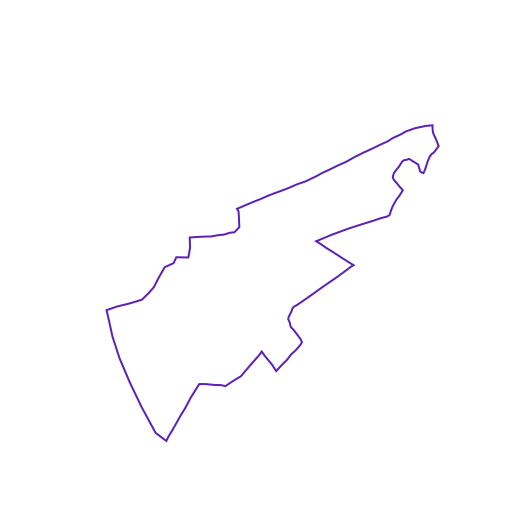 Al-Khidhir, Al-Muthannia, Iraq, rotated 32°
{"feature_id": "34846034B6386295193387", "entity_name": "Al-Khidhir", "entity_type": "district", "adm_level": 2, "iso_a3": "IRQ", "parent_name": "Iraq", "parent_adm1": "Al-Muthannia", "projection": "robinson", "projection_center": [45.705, 31.261], "detail": "fine", "context": "isolated", "style": "outline", "palette": "violet", "viewbox_px": 512, "rotation_deg": 32, "n_neighbors": 0, "source": "geoboundaries", "source_scale": "gbopen_adm2", "svg_char_len": 2074}
<svg xmlns="http://www.w3.org/2000/svg" viewBox="0 0 512 512"><g transform="rotate(32 256 256)"><path d="M323.0,63.5L318.6,69.1L317.2,70.8L314.0,76.7L309.4,83.6L306.9,89.0L302.5,95.6L297.8,103.1L292.6,111.0L287.4,119.4L282.5,128.4L277.3,136.1L272.6,143.7L268.2,150.4L264.8,156.5L258.3,166.7L252.7,173.6L248.0,180.5L242.6,187.7L238.7,192.6L233.9,199.0L229.6,205.4L225.3,211.2L220.8,217.6L216.0,224.5L214.9,226.1L217.5,227.3L222.0,233.7L226.6,240.4L225.1,247.3L221.2,250.4L219.6,252.4L217.3,255.0L213.3,258.0L208.1,262.8L198.6,269.2L190.0,275.4L195.7,283.9L199.4,293.1L189.1,299.3L189.9,305.7L184.5,313.9L185.0,326.2L185.9,336.4L184.7,343.9L182.4,353.5L173.8,363.4L164.8,372.6L158.8,380.1L157.9,381.1L162.2,385.3L177.0,400.4L194.4,415.0L216.0,430.1L239.0,444.7L264.6,459.2L278.0,460.4L277.5,456.5L277.3,445.5L276.6,431.1L276.6,422.9L275.7,410.7L275.7,401.3L275.7,394.7L281.5,391.1L285.0,389.4L289.2,387.3L294.8,384.0L299.0,382.6L302.7,374.3L305.3,369.1L306.9,366.0L308.8,353.1L311.1,339.3L311.5,334.0L317.1,336.3L327.6,339.8L334.1,342.9L335.5,335.4L337.4,327.2L337.9,321.1L339.7,314.5L340.7,308.1L340.7,304.8L337.9,302.9L334.4,301.5L326.9,298.7L323.4,297.9L321.8,296.5L319.9,294.6L316.7,292.4L316.0,290.2L315.5,284.7L314.8,281.6L314.8,279.4L316.7,275.9L320.6,267.0L324.3,258.2L326.0,254.1L329.5,245.5L336.0,230.6L340.6,219.0L342.0,215.2L343.6,212.1L334.3,212.1L318.3,211.9L310.4,211.9L306.4,211.6L303.4,211.6L299.9,211.6L299.2,211.6L304.1,204.7L309.0,197.8L319.2,184.6L327.6,174.6L338.0,162.5L341.5,158.1L346.4,152.9L347.6,150.4L346.2,145.1L345.5,140.7L345.2,133.8L345.7,128.6L345.7,124.7L345.7,122.5L341.1,121.1L336.4,119.5L332.7,118.4L330.4,117.0L329.7,115.3L329.0,112.3L329.4,107.9L329.9,104.3L329.9,100.7L329.9,98.5L330.8,96.3L332.9,94.4L334.3,92.5L338.3,92.5L342.2,92.5L345.2,92.5L348.0,95.2L349.7,96.6L350.6,97.4L352.2,97.4L354.1,96.9L353.6,93.3L352.4,88.3L351.3,84.2L351.0,81.4L350.6,79.8L351.0,76.2L352.0,74.0L352.7,66.0L347.5,62.1L342.0,58.5L340.6,57.4L338.2,54.4L336.4,51.6L331.0,55.8L326.7,59.9L323.0,63.5Z" fill="none" stroke="#5b21b6" stroke-width="2"/></g></svg>